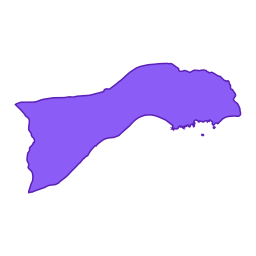 Radum, Shabwah, Yemen (Natural Earth projection)
{"feature_id": "15242507B54571430773522", "entity_name": "Radum", "entity_type": "district", "adm_level": 2, "iso_a3": "YEM", "parent_name": "Yemen", "parent_adm1": "Shabwah", "projection": "natural_earth1", "projection_center": [48.124, 13.978], "detail": "fine", "context": "isolated", "style": "filled", "palette": "violet", "viewbox_px": 256, "rotation_deg": 0, "n_neighbors": 0, "source": "geoboundaries", "source_scale": "gbopen_adm2", "svg_char_len": 5623}
<svg xmlns="http://www.w3.org/2000/svg" viewBox="0 0 256 256"><path d="M28.7,129.8L30.0,131.8L30.7,132.6L31.2,133.6L31.4,135.3L32.2,136.8L33.6,138.1L34.6,140.4L34.2,142.6L33.4,142.6L32.7,144.5L29.7,147.6L29.4,151.0L27.9,152.9L27.7,153.4L27.0,158.7L27.1,160.6L27.4,161.5L28.5,163.3L28.7,164.9L28.6,166.0L28.1,167.4L28.2,167.7L28.6,168.4L31.3,171.0L32.2,172.5L32.5,173.5L32.9,176.4L32.7,180.0L32.3,181.5L31.6,182.7L30.9,184.6L28.8,191.1L28.7,192.6L31.9,192.0L32.1,192.1L33.1,191.6L34.4,191.2L35.7,190.6L44.3,187.6L45.0,187.3L45.7,186.9L47.1,186.1L48.1,185.7L50.4,185.1L51.9,185.0L55.2,184.6L56.4,184.1L57.1,183.7L58.2,183.3L60.5,181.1L65.6,177.2L67.9,175.1L71.1,171.6L76.8,165.9L77.5,165.0L78.9,163.6L80.2,162.6L81.8,160.5L83.8,158.3L84.0,158.4L85.7,156.7L87.5,155.7L88.2,154.8L88.4,154.2L89.9,151.8L90.7,150.7L92.2,148.8L94.3,146.5L95.1,145.9L95.6,145.7L95.8,145.7L95.8,145.9L96.1,145.9L96.1,145.7L96.3,145.5L97.2,144.5L100.1,142.1L102.2,140.5L103.3,139.8L104.6,139.1L107.3,138.2L109.7,137.8L114.2,137.4L114.7,137.1L117.2,136.2L118.9,135.5L121.2,133.2L129.9,125.5L130.9,124.2L131.0,124.2L131.4,123.8L132.0,123.1L133.9,121.2L135.1,120.1L137.4,118.4L138.8,117.5L140.6,116.7L142.1,116.1L144.4,115.4L146.6,115.0L149.2,114.9L150.8,114.9L153.6,115.3L156.8,116.2L160.0,117.5L165.4,119.9L166.3,120.5L171.3,124.3L172.8,125.6L172.9,125.8L172.8,126.2L172.7,126.4L172.7,127.6L172.6,127.9L172.7,128.1L172.9,128.2L172.7,128.5L172.3,128.4L172.5,128.6L172.5,128.8L172.5,129.0L172.3,129.1L172.9,129.2L173.1,129.4L173.5,129.4L173.7,129.7L173.9,129.0L174.2,128.6L174.6,128.5L175.3,128.8L176.5,128.9L177.0,128.7L177.2,128.8L177.5,128.6L177.9,128.5L178.2,128.0L178.2,127.7L178.3,127.7L178.6,127.4L178.7,126.8L179.1,126.4L179.4,126.2L179.8,126.2L179.8,126.4L180.2,126.5L180.4,126.9L180.7,126.8L180.8,126.7L180.8,126.8L181.0,126.8L181.2,127.1L181.4,127.1L182.1,126.7L182.4,126.9L182.6,126.8L182.8,127.0L182.6,127.3L182.8,127.8L183.2,128.2L183.6,128.2L183.7,128.3L183.7,128.1L184.2,127.9L184.4,127.6L184.5,127.6L184.2,127.1L184.0,126.9L184.0,126.5L184.2,126.3L184.6,126.1L184.9,126.1L185.0,126.2L185.3,126.3L185.5,126.4L185.8,126.2L186.0,126.2L186.3,126.3L186.4,126.2L186.5,126.2L186.6,125.9L186.7,125.4L187.3,125.4L187.6,125.0L187.8,125.1L188.2,125.6L188.1,125.9L188.3,126.0L188.7,126.3L188.9,126.6L189.1,126.7L189.4,126.9L189.8,126.8L189.9,126.4L190.1,126.4L190.1,126.2L190.2,125.7L190.2,125.1L190.9,124.8L191.0,124.6L191.4,124.5L191.5,124.5L191.6,124.4L192.0,124.6L192.5,124.6L192.8,124.0L193.1,123.7L193.7,123.3L193.9,123.3L194.1,123.6L194.3,123.5L194.3,123.3L194.2,123.2L194.3,122.8L194.6,122.7L194.3,122.3L194.2,122.4L194.0,122.2L193.8,122.1L194.0,121.5L194.3,120.9L194.9,120.3L195.4,120.1L196.0,120.0L196.4,120.2L196.7,120.2L197.0,120.5L197.6,120.6L198.0,121.0L198.2,121.3L198.5,121.4L198.6,121.6L198.4,121.7L198.4,121.8L198.6,122.0L199.1,121.9L199.3,121.5L199.2,121.3L199.5,121.1L199.8,121.5L200.2,121.3L201.0,121.2L201.6,121.3L202.0,121.4L202.5,121.9L203.1,122.0L203.3,122.0L203.9,121.6L204.2,121.6L205.2,120.7L205.9,120.6L206.3,120.9L206.5,120.9L207.2,120.9L207.3,121.1L207.3,121.5L207.4,121.9L207.9,121.4L208.5,121.3L208.9,121.4L209.0,121.6L209.0,121.9L209.2,121.5L209.2,121.1L208.9,120.6L208.9,120.4L209.3,120.1L209.7,120.0L210.2,120.1L210.5,120.2L210.8,120.6L210.9,120.8L211.0,120.9L211.5,121.1L212.4,121.9L212.6,122.1L212.5,122.3L212.4,122.9L212.3,123.6L212.4,124.4L212.7,124.8L213.0,124.8L213.4,125.1L213.7,125.1L214.0,124.9L214.3,124.3L214.8,123.8L215.2,123.3L215.8,123.0L216.4,122.9L216.8,123.0L217.2,123.5L217.4,123.4L217.7,123.6L218.0,123.6L219.1,122.5L219.5,121.9L220.0,121.4L220.5,121.2L221.6,119.9L222.5,119.1L223.4,118.4L225.7,117.2L226.5,116.9L229.1,116.4L231.6,116.2L233.9,116.0L235.3,116.1L235.9,116.1L237.8,116.3L238.0,116.2L238.5,116.3L239.4,115.8L240.3,114.9L240.6,113.6L240.4,112.2L240.0,110.9L240.0,109.6L239.7,108.2L239.2,107.0L238.0,104.5L237.3,103.4L235.3,102.0L234.4,101.1L233.6,100.1L233.6,98.7L234.3,97.6L235.1,96.6L235.6,95.3L235.3,94.0L234.6,92.8L233.8,91.8L232.4,89.5L231.2,89.3L230.6,88.2L230.4,86.9L230.6,85.5L229.9,84.5L229.3,83.3L229.0,81.9L228.3,80.9L227.1,80.8L226.1,81.5L225.3,80.6L224.1,80.2L222.2,78.4L220.3,76.4L219.1,76.2L217.9,75.8L212.6,72.6L211.4,72.3L210.2,72.6L208.9,72.7L208.0,71.9L206.8,71.4L206.0,70.5L203.7,70.0L201.3,70.2L200.1,70.5L199.0,70.7L197.8,70.4L194.2,70.2L189.7,72.5L187.5,71.4L185.2,70.6L184.1,70.5L183.0,71.1L181.9,71.3L180.7,71.4L179.5,71.1L178.7,70.2L178.7,68.8L177.9,68.0L176.8,67.4L172.7,64.4L171.7,63.8L170.5,63.5L169.3,63.8L168.2,63.6L166.4,63.4L164.0,63.5L159.3,63.7L154.4,64.2L148.4,64.7L142.7,65.9L140.3,66.5L136.8,67.8L135.7,68.4L130.7,71.7L129.7,72.4L126.8,74.9L121.2,80.1L119.2,81.5L116.4,83.9L109.4,89.2L106.6,88.8L104.4,89.6L103.7,91.5L99.1,92.9L96.7,93.4L90.8,95.0L88.5,95.4L83.6,95.7L77.5,96.2L76.2,96.4L73.9,97.0L71.4,97.0L70.2,96.8L69.0,96.9L64.2,97.6L56.9,97.7L53.2,97.8L43.4,99.3L40.9,100.0L36.2,101.7L34.9,101.9L33.7,102.1L28.9,102.2L21.6,102.2L20.3,102.4L17.0,103.6L15.9,104.1L15.4,104.6L21.1,110.2L24.7,114.3L25.3,115.7L28.1,117.9L29.0,119.2L29.4,121.4L29.2,123.4L28.9,125.5L28.7,127.6L28.7,129.8ZM214.1,126.8L213.9,126.9L213.4,127.0L213.4,127.4L213.6,128.2L214.1,128.4L214.3,128.3L214.4,128.0L215.0,127.5L214.9,127.2L214.1,126.8ZM194.1,125.1L194.2,124.9L194.0,125.0L193.6,124.9L193.4,125.1L193.3,125.6L193.2,125.8L193.3,125.9L193.6,126.7L193.9,126.7L194.1,126.3L194.2,126.1L194.2,125.9L194.4,125.8L194.1,125.1ZM202.7,134.6L202.3,134.4L202.0,134.4L201.9,134.6L201.8,134.9L201.9,135.2L202.1,135.4L202.4,135.5L202.7,135.4L203.0,135.5L203.3,135.5L203.5,135.2L203.5,134.9L203.2,134.5L202.7,134.6Z" fill="#8b5cf6" stroke="#5b21b6" stroke-width="1.5"/></svg>